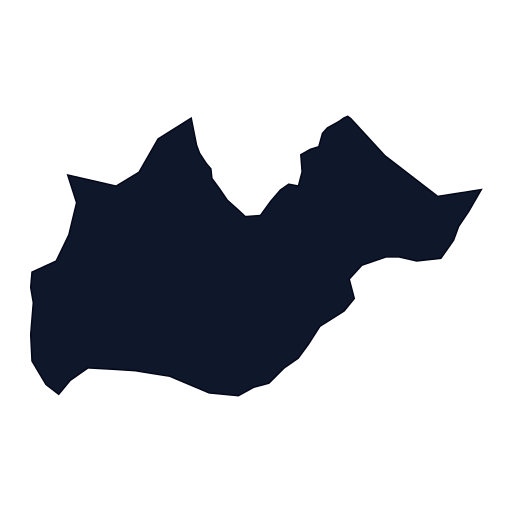 outline of Katydata, Nicosia, Cyprus
{"feature_id": "46923920B11980221307495", "entity_name": "Katydata", "entity_type": "district", "adm_level": 2, "iso_a3": "CYP", "parent_name": "Cyprus", "parent_adm1": "Nicosia", "projection": "equal_earth", "projection_center": [32.882, 35.084], "detail": "fine", "context": "isolated", "style": "filled", "palette": "ink", "viewbox_px": 512, "rotation_deg": 0, "n_neighbors": 0, "source": "geoboundaries", "source_scale": "gbopen_adm2", "svg_char_len": 981}
<svg xmlns="http://www.w3.org/2000/svg" viewBox="0 0 512 512"><path d="M67.7,175.0L76.6,202.7L73.1,217.1L68.9,234.7L56.2,261.0L32.0,272.1L30.7,287.4L33.3,302.7L30.7,334.6L32.0,361.0L46.0,384.5L58.7,394.3L70.2,380.4L88.0,367.9L113.5,369.3L135.2,370.7L151.7,373.4L169.6,376.2L209.1,392.9L238.4,395.7L253.6,387.3L268.9,383.2L284.2,367.9L298.2,358.2L308.4,344.3L319.9,326.3L344.1,311.0L354.3,298.5L349.2,279.1L361.9,265.2L386.1,256.9L398.9,256.9L416.7,261.0L440.9,258.3L453.6,240.2L458.7,226.3L468.9,211.1L481.3,189.6L437.7,196.4L433.2,192.9L384.9,155.7L350.7,118.5L347.7,116.3L343.8,118.0L339.2,121.3L327.5,127.8L322.5,133.3L318.8,146.7L310.4,149.3L300.8,154.7L302.1,171.8L298.4,186.0L288.7,184.2L280.4,190.0L270.7,201.3L268.8,203.9L260.4,215.5L245.3,216.6L236.3,208.2L234.1,206.3L227.3,200.2L219.6,188.9L211.9,178.4L210.9,168.9L206.3,163.5L199.6,153.3L196.6,145.3L191.2,118.1L158.1,138.9L139.0,172.2L116.1,186.1L67.7,175.0Z" fill="#0f172a" stroke="#020617" stroke-width="1.5"/></svg>